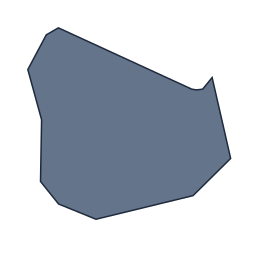 Jenkins, Georgia, United States of America (Natural Earth projection), rotated 275°
{"feature_id": "52423323B65299920660671", "entity_name": "Jenkins", "entity_type": "district", "adm_level": 2, "iso_a3": "USA", "parent_name": "United States of America", "parent_adm1": "Georgia", "projection": "natural_earth1", "projection_center": [-81.944, 32.78], "detail": "fine", "context": "isolated", "style": "filled", "palette": "slate", "viewbox_px": 256, "rotation_deg": 275, "n_neighbors": 0, "source": "geoboundaries", "source_scale": "gbopen_adm2", "svg_char_len": 351}
<svg xmlns="http://www.w3.org/2000/svg" viewBox="0 0 256 256"><g transform="rotate(275 128 128)"><path d="M221.7,49.9L213.7,38.5L177.5,23.1L128.7,41.2L67.1,45.5L46.2,65.5L34.3,104.1L35.8,108.4L66.3,198.7L106.6,232.9L134.9,223.8L185.6,207.4L173.2,199.0L171.9,192.8L172.3,188.0L221.7,49.9Z" fill="#64748b" stroke="#1e293b" stroke-width="1.5"/></g></svg>